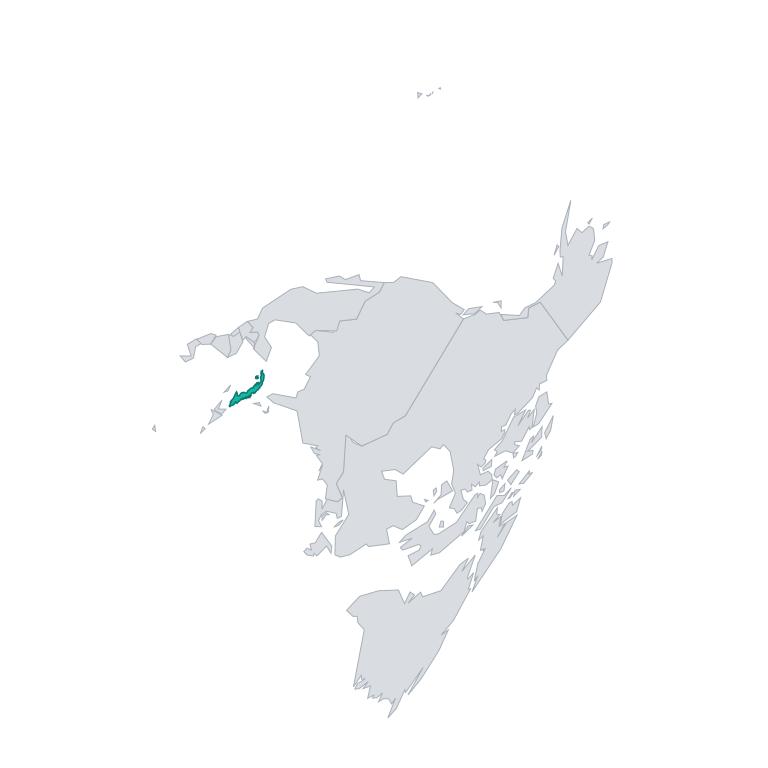 where Cuba sits in North America, rotated 122°
{"feature_id": "CUB", "entity_name": "Cuba", "entity_type": "country or territory", "adm_level": 0, "iso_a3": "CUB", "parent_name": "North America", "parent_adm1": "", "projection": "natural_earth1", "projection_center": [-79.329, 21.523], "detail": "fine", "context": "in_parent", "style": "filled", "palette": "teal", "viewbox_px": 768, "rotation_deg": 122, "n_neighbors": 17, "source": "natural_earth", "source_scale": "50m", "svg_char_len": 12431}
<svg xmlns="http://www.w3.org/2000/svg" viewBox="0 0 768 768"><g transform="rotate(122 384 384)"><path d="M286.7,351.1L277.0,343.8L270.3,341.7L270.4,334.1L262.4,324.3L266.6,316.2L251.5,297.3L242.7,301.6L231.8,294.8L249.3,251.2L263.2,254.8L290.3,250.9L294.7,247.8L301.4,252.2L307.0,249.2L306.3,252.6L316.6,250.8L337.0,254.8L341.1,257.1L335.7,259.3L341.8,260.3L354.5,259.0L357.7,261.7L362.0,259.4L358.8,257.5L361.3,255.9L368.5,255.3L384.0,260.5L394.6,259.9L394.6,257.1L397.8,256.3L403.0,257.8L402.5,262.1L410.0,254.1L402.8,249.5L403.7,244.7L408.1,241.5L415.7,244.1L419.8,249.1L416.6,251.3L422.9,252.2L422.5,256.7L427.4,253.2L431.4,256.1L430.1,259.5L433.4,262.5L439.9,255.4L440.3,250.5L450.3,251.4L454.9,253.7L452.4,258.3L454.4,262.9L438.8,265.5L432.9,273.7L420.3,279.1L406.3,292.0L403.8,301.3L409.3,302.2L412.1,310.4L450.2,320.0L450.7,329.4L459.3,339.8L464.5,333.0L459.7,322.4L472.3,313.2L464.7,302.0L469.1,297.0L466.1,285.2L481.7,284.6L497.7,291.2L499.4,301.3L505.8,304.9L516.6,294.7L530.1,311.0L528.9,314.1L547.0,322.6L554.0,329.4L554.9,335.1L538.6,344.7L513.2,344.8L495.1,362.3L518.9,349.9L522.7,352.4L519.1,355.9L522.3,365.3L527.8,367.9L534.5,367.2L538.1,361.4L541.5,367.0L519.4,379.4L516.3,379.0L515.9,374.6L522.8,370.3L511.7,371.1L508.5,361.1L502.6,359.1L493.8,371.7L480.0,371.8L448.6,389.2L445.7,387.6L450.0,379.2L448.4,370.0L425.1,354.7L411.9,355.5L399.5,349.1L286.7,351.1ZM444.5,284.6L447.3,282.4L452.3,282.4L447.9,286.0L444.5,284.6ZM460.1,237.7L456.6,233.9L471.9,237.6L464.8,237.3L460.1,237.7ZM460.4,288.5L459.4,284.9L461.9,286.0L460.4,288.5ZM414.9,228.4L412.9,230.0L404.4,228.6L411.2,225.6L414.9,228.4ZM415.5,218.0L408.1,217.9L407.4,216.8L413.8,216.8L415.5,218.0ZM401.2,212.7L410.5,214.5L404.7,216.7L401.2,212.7ZM460.0,228.7L418.7,229.0L414.7,222.9L404.5,221.1L422.2,221.0L429.6,225.8L455.8,225.4L460.0,228.7ZM356.1,215.9L365.1,216.1L353.1,217.2L356.1,215.9ZM360.9,212.8L366.4,213.8L357.1,214.5L360.9,212.8ZM555.7,339.3L551.8,346.9L565.4,349.8L564.6,353.6L567.3,352.7L569.8,358.6L568.6,363.2L564.0,362.4L563.2,357.5L559.0,362.0L555.1,358.1L542.9,358.3L549.1,342.3L555.7,339.3ZM438.2,269.2L453.6,277.4L458.8,278.6L448.0,276.8L439.0,281.7L432.9,279.4L438.2,269.2ZM456.8,240.9L466.7,237.9L497.7,247.6L504.4,253.6L498.2,255.6L523.4,264.1L516.9,272.6L506.3,266.2L501.8,266.8L501.5,269.4L515.0,280.1L514.0,283.5L499.9,278.5L510.1,287.0L500.0,285.1L477.8,274.1L464.4,274.6L466.7,271.2L480.8,270.5L485.1,262.1L482.7,258.6L462.9,249.2L429.6,248.1L426.9,246.6L430.6,244.6L425.8,244.5L425.1,240.1L431.5,234.5L440.1,233.4L437.5,236.1L440.0,238.8L451.7,233.6L457.4,238.0L456.8,240.9ZM406.2,234.9L418.4,232.1L424.6,233.2L407.5,240.9L406.2,234.9ZM321.0,223.7L335.1,218.1L344.5,217.5L340.1,222.0L321.0,223.7ZM251.4,328.7L257.4,325.1L254.7,330.8L257.1,334.9L251.4,328.7ZM380.2,211.1L394.3,213.0L397.2,216.5L380.2,214.6L383.6,213.5L380.2,211.1ZM283.5,353.6L275.2,352.0L266.5,342.0L276.4,344.5L283.5,353.6ZM311.5,231.3L335.6,231.8L341.4,234.8L327.9,238.9L322.2,243.8L312.6,245.9L304.4,241.7L313.8,233.9L311.5,231.3ZM364.6,221.0L375.8,226.3L353.4,230.8L348.3,229.5L355.6,227.7L336.4,227.4L345.5,222.2L364.9,226.4L361.3,222.4L364.6,221.0ZM364.7,236.4L374.3,238.2L376.1,245.5L386.6,251.8L380.9,252.1L381.4,255.5L369.5,253.6L343.3,256.5L331.0,250.1L348.4,248.3L329.8,247.5L328.5,245.9L336.8,244.2L326.0,243.1L342.3,235.5L345.5,236.3L343.3,238.3L359.5,237.0L364.0,242.7L366.1,240.9L364.7,236.4ZM391.0,238.1L387.8,235.3L401.8,233.6L399.1,236.9L403.9,238.7L402.8,242.6L397.0,244.3L383.9,238.9L391.0,238.1ZM371.2,234.2L375.6,234.1L378.0,235.0L374.5,237.8L371.2,234.2ZM386.7,222.8L402.2,223.1L400.0,228.3L386.3,226.0L386.7,222.8ZM408.1,207.9L421.9,203.9L441.4,211.0L431.0,215.0L418.9,214.8L415.8,213.2L418.7,210.8L408.1,207.9ZM424.8,201.7L461.7,197.6L513.6,199.2L496.9,203.0L503.5,203.0L486.8,209.2L469.2,211.0L473.5,211.5L471.3,212.2L474.0,214.1L460.2,219.3L466.2,221.0L457.6,223.5L428.9,222.3L434.7,219.4L433.3,216.5L443.7,218.0L434.4,214.7L443.7,210.9L438.2,207.5L453.9,206.7L436.3,206.6L424.8,201.7ZM476.1,261.4L469.9,263.0L469.0,260.8L473.6,257.6L476.1,261.4ZM396.8,249.3L405.1,253.9L402.8,255.5L390.9,252.6L396.8,249.3ZM520.9,346.6L527.6,347.5L532.0,350.6L524.8,349.0L520.9,346.6ZM523.9,361.2L525.5,363.7L532.3,364.3L528.9,366.7L523.6,364.5L523.9,361.2Z" fill="#d9dde1" stroke="#a8b0b8" stroke-width="1"/><path d="M286.7,351.1L399.5,349.1L411.9,355.5L425.1,354.7L448.4,370.0L447.6,389.2L480.0,371.8L493.8,371.7L502.6,359.1L508.5,361.1L512.5,372.8L499.7,378.6L497.0,385.7L500.7,389.4L485.2,393.1L492.6,393.1L484.2,394.0L480.3,403.6L477.7,400.6L479.7,406.4L476.1,412.7L474.2,402.5L474.3,408.1L471.5,407.3L477.1,421.5L452.9,443.4L458.4,467.6L457.0,476.5L451.1,473.0L442.5,451.3L436.4,452.9L430.8,448.9L416.8,450.2L417.5,455.5L394.4,453.8L383.3,462.5L381.2,473.1L374.7,470.3L367.0,454.3L353.9,454.9L343.6,441.7L323.8,443.9L308.4,436.6L297.9,437.5L292.7,429.6L284.0,426.5L272.2,396.3L278.9,369.1L278.4,355.3L284.6,356.0L285.8,360.9L286.7,351.1ZM249.3,251.2L231.8,294.8L242.7,301.6L251.5,297.3L266.6,316.2L263.0,321.7L254.2,305.4L244.7,304.9L234.6,298.5L210.1,292.0L205.5,293.0L204.9,296.4L189.4,300.3L197.9,290.1L181.2,299.4L182.9,301.8L177.9,305.3L157.3,315.8L129.1,322.9L158.6,310.8L168.9,301.5L149.8,302.7L150.8,296.3L141.5,293.8L141.1,289.1L143.9,286.4L150.9,281.3L166.2,278.4L165.1,275.4L168.7,273.6L152.8,275.2L144.7,269.5L160.1,265.4L168.8,267.5L156.8,257.3L160.2,254.9L199.7,243.9L249.3,251.2ZM126.5,278.3L130.8,278.7L136.3,280.6L132.4,282.1L126.5,278.3ZM117.8,505.7L123.4,506.7L119.1,509.9L117.8,505.7ZM116.3,498.8L116.9,501.1L115.8,499.2L116.3,498.8ZM113.6,497.7L115.6,498.5L113.2,498.3L113.6,497.7ZM109.8,497.2L111.9,497.1L111.6,497.4L109.8,497.2ZM103.9,492.3L104.2,494.1L102.9,493.2L103.9,492.3ZM132.9,295.2L139.7,294.9L139.2,296.7L132.9,295.2ZM174.8,308.6L184.7,308.0L174.4,310.9L174.8,308.6Z" fill="#d9dde1" stroke="#a8b0b8" stroke-width="1"/><path d="M495.7,505.7L495.9,514.5L483.5,512.9L493.0,511.2L489.1,504.6L495.7,505.7Z" fill="#d9dde1" stroke="#a8b0b8" stroke-width="1"/><path d="M497.3,516.9L496.3,504.7L511.0,511.5L500.5,512.5L497.3,516.9Z" fill="#d9dde1" stroke="#a8b0b8" stroke-width="1"/><path d="M463.5,470.0L468.1,467.8L468.3,469.2L463.5,470.0ZM468.4,466.7L471.9,469.1L471.1,472.9L470.4,469.5L468.4,466.7ZM465.7,479.8L468.0,476.7L469.6,484.2L465.7,479.8Z" fill="#d9dde1" stroke="#a8b0b8" stroke-width="1"/><path d="M558.4,199.2L580.9,196.2L614.7,196.3L635.2,198.9L603.5,200.6L634.1,202.2L632.2,204.3L652.6,201.6L665.1,203.8L644.1,207.8L651.4,208.0L648.5,213.2L651.1,217.6L656.4,220.2L646.8,221.6L653.9,223.8L656.4,227.3L653.1,227.7L659.1,231.3L647.2,235.5L653.5,240.3L644.8,239.7L655.4,243.5L658.2,247.0L652.4,247.8L643.9,243.6L646.2,246.6L643.2,248.9L657.1,249.4L602.9,270.5L600.3,279.7L595.2,283.5L597.5,287.2L595.8,295.8L576.9,292.1L562.2,279.0L551.0,262.6L559.4,250.2L546.6,251.7L546.7,246.3L557.1,247.4L541.1,242.6L544.1,238.6L529.1,226.2L496.6,223.9L487.0,220.1L501.7,218.6L480.7,216.0L504.0,210.7L505.0,209.4L496.5,208.0L513.4,203.7L511.8,202.1L547.9,199.8L566.6,202.5L558.4,199.2Z" fill="#d9dde1" stroke="#a8b0b8" stroke-width="1"/><path d="M297.9,437.5L308.4,436.6L323.8,443.9L343.6,441.7L353.9,454.9L364.0,452.2L374.7,470.3L382.9,473.0L379.0,491.2L387.3,510.4L393.8,514.0L407.4,510.1L412.7,498.8L427.2,495.9L423.4,513.4L409.2,515.7L407.1,518.7L411.4,525.0L405.6,525.0L403.4,533.1L396.0,525.7L383.9,527.2L353.1,513.2L344.5,504.4L342.8,489.4L317.5,456.6L314.5,444.8L306.8,443.6L327.9,486.3L325.8,489.2L316.0,479.0L316.0,472.2L304.5,463.1L308.8,458.6L297.9,437.5Z" fill="#d9dde1" stroke="#a8b0b8" stroke-width="1"/><path d="M470.6,564.1L468.2,571.7L462.6,562.4L454.5,571.8L445.6,567.3L445.2,559.8L452.0,563.5L463.0,559.4L470.6,564.1Z" fill="#d9dde1" stroke="#a8b0b8" stroke-width="1"/><path d="M447.0,559.4L445.1,566.5L432.9,557.4L431.6,552.3L442.0,552.1L447.0,559.4Z" fill="#d9dde1" stroke="#a8b0b8" stroke-width="1"/><path d="M442.0,552.1L432.7,551.3L423.9,541.7L436.4,531.7L444.4,530.7L442.0,552.1Z" fill="#d9dde1" stroke="#a8b0b8" stroke-width="1"/><path d="M444.4,530.7L436.4,531.7L425.5,541.3L416.3,533.7L423.0,526.1L436.1,525.4L444.4,530.7Z" fill="#d9dde1" stroke="#a8b0b8" stroke-width="1"/><path d="M416.3,533.7L423.7,537.1L422.8,540.4L412.9,537.3L416.3,533.7Z" fill="#d9dde1" stroke="#a8b0b8" stroke-width="1"/><path d="M403.4,533.1L405.6,525.0L411.4,525.0L407.1,518.7L409.2,515.7L417.5,515.8L417.0,525.9L421.5,526.8L416.3,533.7L412.9,537.3L403.4,533.1Z" fill="#d9dde1" stroke="#a8b0b8" stroke-width="1"/><path d="M417.5,515.8L422.2,512.9L418.3,525.9L417.0,525.9L417.5,515.8Z" fill="#d9dde1" stroke="#a8b0b8" stroke-width="1"/><path d="M516.5,512.0L523.3,513.5L516.2,515.0L516.5,512.0Z" fill="#d9dde1" stroke="#a8b0b8" stroke-width="1"/><path d="M466.1,513.5L472.5,512.6L475.7,515.3L466.1,513.5Z" fill="#d9dde1" stroke="#a8b0b8" stroke-width="1"/><path d="M540.5,556.6L545.3,552.6L545.1,556.5L540.5,556.6Z" fill="#d9dde1" stroke="#a8b0b8" stroke-width="1"/><path d="M450.5,487.3L451.6,487.6L452.6,487.5L453.0,487.4L453.0,487.5L453.4,487.9L453.5,487.9L454.2,487.7L455.7,487.7L455.9,487.8L456.2,488.1L456.6,488.3L457.0,488.5L457.5,488.6L457.9,488.5L458.3,488.5L458.8,488.9L459.0,488.9L459.4,488.8L459.3,489.1L460.1,489.6L460.6,490.5L461.1,490.8L461.5,491.1L461.9,491.4L462.3,491.5L463.5,491.4L463.8,491.4L464.1,491.6L464.3,491.6L464.5,491.6L466.9,492.9L467.7,493.7L468.2,494.1L469.2,494.6L469.6,494.7L469.8,494.6L469.5,494.2L469.4,494.1L469.8,494.2L470.5,494.8L470.7,495.1L471.0,495.3L471.4,495.4L471.2,495.7L470.9,495.7L470.4,495.6L470.8,496.0L470.9,496.3L471.1,496.3L471.4,496.0L471.6,495.7L472.3,496.4L472.8,496.7L472.6,496.9L472.6,497.1L473.1,496.9L473.4,497.0L473.6,497.3L474.0,497.4L474.5,497.4L475.3,497.6L476.2,498.1L476.9,498.2L477.7,498.2L478.1,498.5L478.3,498.9L478.1,499.1L478.0,499.4L478.3,499.7L477.7,499.8L477.6,500.0L477.7,500.3L478.1,500.2L478.6,500.3L479.5,500.4L480.0,500.3L481.2,500.6L481.5,500.7L482.2,501.1L482.5,501.4L483.2,502.1L483.7,502.4L484.2,502.5L484.4,502.4L484.6,502.5L484.9,502.9L484.8,503.2L484.5,503.5L484.3,503.7L483.6,503.7L482.6,503.8L481.7,504.1L481.2,504.4L481.0,504.5L480.5,504.7L480.5,504.4L480.3,504.1L480.2,504.4L480.0,504.5L479.7,504.7L478.5,504.7L478.1,504.5L477.6,504.3L475.8,504.2L475.4,504.2L474.2,504.4L473.0,504.5L472.5,504.6L472.1,504.7L471.1,504.7L470.0,504.9L468.8,504.9L469.6,503.7L471.1,502.5L471.4,502.3L471.6,502.0L471.6,501.7L471.2,501.2L471.1,500.9L471.0,500.7L470.5,500.6L469.9,500.5L469.4,500.5L468.2,500.4L467.6,500.3L467.0,500.1L466.2,499.2L465.7,499.0L465.5,498.8L465.4,498.5L465.2,497.3L465.0,496.6L464.7,496.1L464.3,495.7L463.9,495.5L462.2,495.9L461.9,495.8L461.5,495.7L459.0,494.9L458.0,494.4L457.6,494.2L457.2,493.9L456.9,493.3L456.5,492.9L456.5,493.1L456.4,493.2L454.3,493.2L454.0,493.1L453.8,493.0L453.7,492.8L453.5,492.4L453.3,492.1L453.3,492.4L453.2,492.8L452.9,492.9L452.6,493.0L452.2,492.5L450.5,492.5L450.4,492.4L449.8,492.0L449.4,491.5L449.8,491.3L450.8,491.0L451.0,490.9L451.1,490.7L451.1,490.4L450.9,490.2L450.7,490.0L450.4,490.0L450.2,489.9L446.4,489.9L446.2,490.0L445.9,490.4L445.2,490.8L444.8,491.2L444.6,491.5L444.4,491.6L444.0,491.9L443.6,492.3L443.1,492.5L442.8,492.4L442.6,492.4L442.4,492.5L442.2,492.6L441.2,492.6L441.0,493.0L440.8,493.6L440.7,493.8L440.2,493.9L439.7,494.1L438.8,494.6L438.5,494.7L438.6,494.3L438.6,493.9L438.3,493.9L438.0,493.9L437.7,494.1L437.3,494.4L437.0,494.4L436.8,494.3L436.9,494.1L438.4,493.4L438.6,493.3L438.9,493.4L439.1,493.3L439.3,493.1L439.1,492.2L439.2,491.5L439.6,491.0L440.3,490.2L440.6,490.0L444.1,488.4L444.5,488.3L446.8,488.0L447.1,487.9L448.2,487.4L449.3,487.2L450.5,487.3ZM447.2,495.8L446.8,496.1L445.9,496.5L445.4,496.5L444.9,496.3L444.6,496.0L444.4,495.7L444.7,495.8L445.0,495.9L445.4,495.7L444.9,494.6L444.9,494.4L445.3,493.8L446.3,494.0L446.5,494.1L446.7,494.5L446.9,494.8L447.2,495.5L447.2,495.8ZM464.7,490.6L465.3,490.7L465.6,490.6L465.8,490.6L466.0,490.7L466.3,491.1L466.0,491.2L465.8,491.2L465.7,491.1L465.1,491.1L464.7,490.9L464.4,490.7L464.7,490.6ZM469.0,493.8L468.8,493.9L468.6,493.7L468.3,493.6L468.0,493.3L467.9,493.1L468.2,493.0L468.6,493.1L469.2,493.2L469.1,493.5L469.0,493.8ZM467.4,492.0L467.1,491.9L466.7,491.8L466.5,491.5L466.3,491.4L466.6,491.2L466.9,491.2L467.1,491.5L467.3,491.9L467.4,492.0ZM468.1,492.8L467.9,492.9L467.5,492.6L467.4,492.5L467.5,492.2L467.5,491.9L467.7,492.2L468.0,492.4L468.0,492.5L468.1,492.8ZM461.5,490.0L460.8,489.7L460.4,489.3L460.3,489.2L460.5,489.2L461.4,489.9L461.5,490.0Z" fill="#14b8a6" stroke="#0f766e" stroke-width="1.5"/></g></svg>